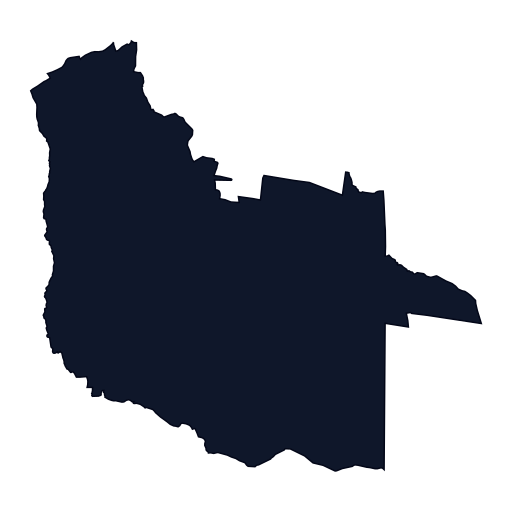 Stefanesti, Vâlcea, Romania (Albers equal-area conic projection)
{"feature_id": "2599482B29956457014719", "entity_name": "Stefanesti", "entity_type": "district", "adm_level": 2, "iso_a3": "ROU", "parent_name": "Romania", "parent_adm1": "Vâlcea", "projection": "albers", "projection_center": [24.21, 44.611], "detail": "fine", "context": "isolated", "style": "filled", "palette": "ink", "viewbox_px": 512, "rotation_deg": 0, "n_neighbors": 0, "source": "geoboundaries", "source_scale": "gbopen_adm2", "svg_char_len": 5863}
<svg xmlns="http://www.w3.org/2000/svg" viewBox="0 0 512 512"><path d="M481.3,323.5L477.3,310.5L475.7,303.5L475.5,300.4L470.7,295.6L467.3,293.0L464.8,291.4L462.1,290.8L458.2,289.1L455.6,286.2L452.1,283.6L445.7,280.9L437.1,276.1L436.3,275.9L431.7,277.2L430.3,277.3L426.4,276.2L424.6,274.4L423.6,273.7L417.2,272.7L415.1,274.0L414.2,274.0L413.6,273.7L412.4,272.2L410.4,271.8L409.0,270.8L407.4,271.1L406.7,269.4L403.4,267.2L401.5,265.3L400.1,264.8L399.0,264.8L398.1,265.1L397.4,264.8L397.2,264.2L397.7,263.9L397.8,263.4L397.2,262.6L395.7,262.2L395.4,261.9L395.2,260.1L394.2,259.4L392.0,258.5L388.9,255.2L387.1,256.2L385.2,256.1L385.5,246.7L385.3,230.2L384.9,224.3L383.9,200.6L383.2,191.1L379.6,191.1L377.7,191.5L376.1,192.2L375.0,193.3L372.6,193.5L364.9,192.5L362.3,191.9L361.3,192.8L358.6,191.9L358.2,191.1L358.0,189.8L356.5,188.6L355.9,187.7L355.8,186.9L352.9,185.6L352.0,184.8L352.0,182.4L351.2,179.3L350.6,177.8L349.7,176.4L349.0,173.9L349.0,172.8L347.6,172.3L345.7,172.1L342.4,195.2L309.4,182.5L293.6,180.4L264.0,175.5L262.8,178.1L260.7,197.8L260.4,200.0L252.9,198.6L238.4,196.6L239.2,202.4L235.5,202.3L230.9,202.0L225.0,199.7L219.6,198.7L220.1,195.3L220.0,193.2L219.3,191.4L218.8,190.8L217.4,190.1L215.4,189.7L215.2,183.1L214.5,180.0L230.8,180.3L231.5,180.2L231.8,179.7L231.6,179.2L231.1,178.9L219.8,176.3L214.0,175.6L215.4,171.3L216.7,168.1L217.1,165.8L217.9,163.2L217.4,162.4L214.1,161.3L214.3,159.3L212.2,158.5L206.5,157.8L202.9,156.6L193.9,161.8L192.4,159.8L191.7,158.2L190.5,154.5L190.0,151.6L187.3,145.2L187.8,141.6L188.3,140.5L191.7,136.2L192.4,134.7L192.7,130.3L192.0,129.1L185.8,122.9L184.8,121.7L183.9,119.5L182.9,118.0L182.4,117.7L179.9,117.0L178.4,116.3L176.0,113.9L174.9,113.4L173.4,114.1L171.4,114.4L164.1,117.1L163.3,116.7L161.6,115.1L153.8,111.8L154.0,111.0L153.0,109.4L151.2,109.8L150.9,109.5L150.1,105.8L147.8,102.1L146.4,98.1L144.2,95.4L143.7,93.9L142.8,92.0L141.9,87.0L142.7,86.2L142.3,85.0L143.5,82.7L143.6,81.0L143.3,79.8L143.3,77.8L142.5,75.8L140.4,72.6L138.0,72.6L133.6,71.7L133.8,69.5L134.4,68.0L135.5,65.9L135.6,56.5L136.6,49.9L136.4,42.7L133.9,42.6L131.4,41.0L131.0,42.5L129.2,44.6L128.3,44.6L127.1,44.1L122.1,46.9L118.3,50.4L117.2,50.9L115.8,51.1L113.6,44.5L113.5,42.9L113.2,42.7L112.8,43.4L110.6,45.6L105.2,49.8L102.6,51.2L98.5,51.8L94.7,51.7L91.4,52.4L85.4,55.2L81.9,57.7L80.5,59.3L79.9,58.5L79.1,56.4L70.4,57.7L68.2,58.4L67.4,59.1L66.1,60.6L64.7,63.8L63.0,66.2L61.9,67.4L57.3,69.8L52.4,72.0L47.5,73.6L48.7,75.1L50.3,78.1L45.9,80.8L44.2,81.5L37.5,86.2L32.5,89.2L30.7,90.8L32.0,94.0L33.1,97.7L36.8,104.1L37.0,107.5L36.7,114.3L36.8,116.8L37.2,119.0L38.4,122.3L38.5,124.1L38.3,125.2L39.3,128.3L39.5,130.3L39.8,130.9L42.5,133.6L43.9,136.1L46.7,138.4L46.8,139.0L46.6,141.0L47.9,142.0L50.3,149.0L49.6,152.8L49.7,155.8L49.4,157.4L49.4,159.2L48.8,160.6L50.0,161.9L49.4,163.2L49.8,164.2L49.5,165.2L49.7,166.5L50.2,167.7L50.4,168.7L49.7,171.2L49.7,172.9L49.3,173.7L49.2,175.4L48.7,176.4L49.4,178.7L49.2,181.8L48.0,184.6L47.6,186.4L46.7,188.8L45.8,189.9L45.6,190.7L44.8,191.5L43.6,193.2L43.8,196.1L43.6,199.6L44.4,201.0L44.6,201.8L44.6,204.8L44.9,206.3L43.6,209.7L43.3,211.2L43.4,212.0L44.0,213.9L43.6,217.7L44.2,218.7L45.5,218.9L46.0,219.5L46.1,220.9L47.6,226.4L47.5,227.4L46.7,228.4L46.5,229.2L46.7,230.3L47.2,231.4L46.7,232.5L44.8,235.1L44.7,235.8L45.9,237.5L46.6,239.5L47.8,240.2L48.9,240.4L49.5,241.3L49.5,242.1L49.3,242.9L49.4,244.3L49.5,244.6L50.5,245.1L51.1,246.3L51.3,247.7L52.3,249.8L52.1,250.8L51.8,251.3L53.9,255.7L53.6,258.7L54.5,262.8L53.5,266.2L53.5,271.0L52.4,274.7L52.6,276.1L51.1,278.1L49.4,281.6L49.1,282.8L49.2,284.4L48.2,285.9L46.0,288.1L46.1,289.1L46.9,290.4L46.6,291.2L45.0,292.9L44.9,293.7L45.2,294.5L45.1,295.0L44.5,296.3L44.8,297.2L45.7,298.0L46.8,301.0L47.1,302.6L46.5,303.5L46.1,305.3L46.7,307.6L46.3,308.1L45.1,308.4L44.7,308.9L44.9,312.0L43.3,315.0L43.3,315.5L43.8,316.3L44.0,318.0L45.2,318.9L45.9,320.6L45.9,322.7L47.0,326.0L47.0,326.7L46.4,327.6L46.3,328.3L46.9,330.4L48.3,333.8L48.1,334.3L47.0,335.1L46.9,336.1L47.2,336.7L47.8,337.2L49.1,337.4L49.7,337.8L51.0,346.6L51.1,347.1L52.8,348.7L52.6,351.6L53.0,352.7L53.7,353.2L54.7,353.2L55.7,352.9L57.3,351.9L58.1,353.0L60.4,351.5L60.9,352.3L61.8,352.8L63.0,358.0L63.7,359.7L64.1,361.4L64.2,363.5L64.5,363.5L65.1,365.7L67.0,369.0L68.2,369.3L70.6,372.4L71.2,372.4L72.2,371.9L73.3,372.0L74.5,373.4L76.4,377.1L80.2,377.1L86.6,376.6L87.6,379.5L87.9,381.5L87.7,384.8L87.1,387.4L92.5,387.4L92.5,390.5L92.0,393.1L91.7,393.4L92.2,394.5L91.8,395.1L91.8,395.5L92.4,396.3L98.5,396.1L100.7,395.3L101.1,394.9L101.1,392.8L101.8,391.1L102.5,390.5L103.9,390.4L103.5,392.2L104.5,393.3L104.5,394.9L105.1,396.3L104.9,397.1L108.4,399.2L111.8,400.4L113.7,400.8L115.7,400.7L121.9,402.1L123.9,401.9L126.3,400.3L128.5,399.7L130.3,400.3L132.2,401.8L133.6,401.7L133.0,402.3L133.5,403.3L134.1,403.5L136.7,403.3L140.3,404.3L143.9,406.7L145.1,407.9L145.5,407.6L146.6,407.5L152.8,409.5L154.3,411.0L155.7,412.8L160.5,417.0L167.3,421.9L170.2,424.3L173.7,425.9L175.5,426.1L178.1,426.8L179.7,425.7L180.8,423.7L182.3,423.1L186.1,423.8L188.8,424.9L190.2,425.8L191.5,427.4L192.4,429.2L194.4,428.5L195.3,429.0L197.1,433.1L198.5,436.8L202.2,437.7L204.0,438.8L205.3,440.7L205.4,441.3L204.8,443.8L204.8,445.5L206.0,448.1L206.1,449.6L206.4,450.5L208.2,452.0L208.4,453.0L210.7,452.8L213.7,453.4L217.0,452.6L218.3,452.6L227.4,455.1L231.4,457.0L235.9,458.5L239.5,460.7L244.9,462.7L246.7,465.2L248.1,466.3L255.0,466.7L255.9,465.8L257.4,465.0L258.5,464.9L270.6,459.0L271.1,458.2L273.3,456.6L275.3,454.4L284.3,449.9L285.1,448.7L290.3,448.9L304.6,455.9L313.0,462.9L323.1,465.3L335.1,471.0L336.6,470.8L342.4,468.5L352.2,466.4L354.1,465.1L355.3,464.9L357.9,465.2L366.6,467.2L370.0,467.6L375.0,468.7L377.4,468.7L380.4,467.9L381.9,467.9L382.6,468.2L384.1,469.6L385.1,323.3L408.4,327.0L407.8,320.7L406.3,313.2L410.5,312.5L411.6,313.4L427.3,315.3L481.3,323.5Z" fill="#0f172a" stroke="#020617" stroke-width="1.5"/></svg>